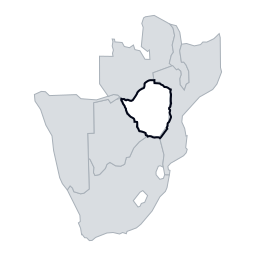 Zimbabwe highlighted among its neighbors
{"feature_id": "ZWE", "entity_name": "Zimbabwe", "entity_type": "country or territory", "adm_level": 0, "iso_a3": "ZWE", "parent_name": "Africa", "parent_adm1": "", "projection": "equal_earth", "projection_center": [29.641, -19.023], "detail": "fine", "context": "with_neighbors", "style": "outline", "palette": "ink", "viewbox_px": 256, "rotation_deg": 0, "n_neighbors": 6, "source": "natural_earth", "source_scale": "50m", "svg_char_len": 5331}
<svg xmlns="http://www.w3.org/2000/svg" viewBox="0 0 256 256"><path d="M67.3,190.0L70.1,185.9L72.6,188.2L73.8,191.7L80.6,193.8L83.9,193.2L89.2,189.0L88.3,158.2L90.1,159.5L94.0,167.5L93.5,172.5L95.0,175.5L99.5,174.6L105.4,168.4L106.9,164.4L109.9,162.4L115.6,165.8L120.7,166.2L124.6,164.3L126.3,157.6L129.7,156.9L133.6,148.2L139.3,141.8L148.2,135.6L159.4,136.9L164.0,154.9L162.8,164.2L163.3,167.2L160.1,165.7L158.3,166.3L156.0,171.9L156.1,174.8L159.8,179.3L163.4,178.4L164.7,174.7L169.4,174.8L167.0,187.7L165.4,191.4L159.9,196.8L152.1,211.0L140.9,224.2L136.4,227.9L127.0,231.4L126.3,233.7L122.6,232.5L119.6,234.0L113.1,232.5L106.9,233.0L95.7,237.4L92.1,240.4L89.4,240.6L86.7,237.8L84.7,237.7L81.9,234.1L81.7,235.2L80.6,228.3L78.4,222.9L80.3,221.5L79.9,215.3L67.3,190.0ZM147.6,195.6L142.8,190.6L139.9,192.3L133.3,200.7L138.0,207.0L140.1,206.2L141.3,203.5L144.7,202.3L147.6,195.6Z" fill="#d9dde1" stroke="#a8b0b8" stroke-width="1"/><path d="M148.2,135.6L139.3,141.8L133.6,148.2L129.7,156.9L126.3,157.6L124.6,164.3L120.7,166.2L115.6,165.8L109.9,162.4L106.9,164.4L105.4,168.4L99.5,174.6L95.0,175.5L93.5,172.5L94.0,167.5L90.1,159.5L88.3,158.2L87.7,133.5L94.0,133.2L93.6,102.7L108.2,99.4L110.7,103.0L114.7,99.6L121.4,98.3L127.3,111.7L134.6,121.1L137.3,122.0L139.3,130.4L144.2,131.7L148.2,135.6Z" fill="#d9dde1" stroke="#a8b0b8" stroke-width="1"/><path d="M87.7,133.5L89.2,189.0L83.9,193.2L80.6,193.8L73.8,191.7L72.6,188.2L70.1,185.9L67.3,190.0L62.4,183.7L59.7,177.7L53.6,150.5L52.0,135.8L45.9,125.2L40.6,109.5L35.0,101.1L34.4,94.5L41.3,91.4L45.4,91.7L49.4,95.6L76.4,94.6L80.9,98.7L96.5,99.9L113.5,94.5L117.7,95.0L120.2,96.9L110.7,103.0L108.2,99.4L93.6,102.7L94.0,133.2L87.7,133.5Z" fill="#d9dde1" stroke="#a8b0b8" stroke-width="1"/><path d="M154.2,15.4L169.9,24.1L173.0,28.0L174.6,35.5L172.2,45.0L173.4,52.2L171.3,55.2L169.3,63.4L172.7,65.6L153.0,72.8L153.6,79.0L148.7,80.2L145.1,83.6L144.3,86.6L142.0,87.3L132.9,100.0L121.4,98.3L117.7,95.0L113.5,94.5L108.3,96.4L99.6,83.9L99.5,56.2L113.0,56.4L112.5,53.3L113.4,50.1L112.2,46.0L112.9,41.7L112.2,39.0L114.5,39.2L114.9,41.9L122.1,42.5L124.3,46.5L129.5,47.7L133.4,45.0L134.9,49.6L139.9,50.8L145.0,59.3L149.9,59.4L149.4,50.0L147.6,51.5L141.3,46.6L143.2,27.4L141.8,23.5L143.6,17.9L145.4,16.8L154.2,15.4Z" fill="#d9dde1" stroke="#a8b0b8" stroke-width="1"/><path d="M169.9,24.1L176.3,25.7L179.8,32.3L181.6,44.2L179.7,50.8L181.4,62.2L183.7,62.1L186.0,64.9L188.7,71.2L189.1,82.4L186.3,84.2L184.3,90.2L180.1,84.8L179.7,78.7L181.1,74.7L180.7,71.2L178.2,69.0L176.4,69.8L169.3,63.4L171.3,55.2L173.4,52.2L172.2,45.0L174.6,35.5L173.0,28.0L169.9,24.1Z" fill="#d9dde1" stroke="#a8b0b8" stroke-width="1"/><path d="M181.6,44.2L186.5,43.5L194.3,45.9L200.5,44.6L202.9,42.0L206.8,42.1L213.9,38.7L219.2,33.6L220.2,37.6L220.5,67.6L221.6,71.9L216.9,84.1L212.7,89.5L199.5,97.0L182.4,115.9L181.8,122.0L184.7,128.5L186.0,136.0L187.1,135.6L185.7,147.8L187.2,149.3L186.2,152.8L183.5,155.8L170.7,163.2L167.9,166.3L168.4,169.8L170.0,170.4L169.4,174.8L164.7,174.7L162.8,164.2L164.0,154.9L159.4,136.9L166.1,127.3L168.8,120.3L170.2,89.4L166.9,86.6L163.8,86.0L159.4,82.0L154.1,82.2L153.0,72.8L172.7,65.6L176.4,69.8L178.2,69.0L180.7,71.2L181.1,74.7L179.7,78.7L180.1,84.8L184.3,90.2L186.3,84.2L189.1,82.4L188.7,71.2L186.0,64.9L183.7,62.1L181.4,62.2L179.7,50.8L181.6,44.2Z" fill="#d9dde1" stroke="#a8b0b8" stroke-width="1"/><path d="M160.0,138.2L159.4,137.7L158.6,137.4L157.6,137.3L156.3,137.3L154.7,137.6L153.0,137.3L151.2,136.4L149.7,136.1L147.9,136.4L147.8,136.5L147.5,136.1L147.0,135.5L146.2,135.4L145.9,135.2L145.6,134.6L145.6,134.3L145.7,133.2L145.4,132.9L145.0,132.8L143.9,132.3L142.5,131.8L140.3,131.3L139.4,131.2L139.2,131.0L139.0,130.6L138.5,129.3L138.1,128.5L137.2,127.2L137.0,126.8L137.1,125.8L137.1,125.0L137.2,124.3L137.2,123.6L137.2,122.8L137.2,122.3L137.1,122.0L136.7,121.9L135.7,121.8L134.5,121.8L134.5,121.0L134.3,119.7L134.1,119.0L133.8,118.6L133.3,118.2L132.2,117.6L130.6,116.8L129.3,115.6L127.8,114.0L127.4,113.8L126.8,112.3L125.9,109.9L126.0,109.0L125.9,108.6L125.0,107.4L124.8,106.8L124.7,106.1L123.4,104.3L122.9,103.6L122.6,102.6L122.2,101.8L122.0,101.4L121.6,100.9L121.3,100.3L121.2,99.8L121.3,99.2L121.4,98.8L122.7,99.2L123.3,99.2L123.9,99.0L124.5,99.3L125.3,100.1L126.2,100.3L127.1,99.8L128.3,99.9L129.9,100.7L131.2,100.9L132.7,100.2L134.1,98.2L135.4,96.3L136.7,94.2L137.4,92.4L138.6,91.0L140.0,89.9L141.6,89.0L143.9,87.9L144.3,86.9L144.5,85.9L144.5,84.5L144.6,83.6L144.9,83.1L145.2,82.8L145.7,82.4L147.3,81.3L148.6,80.6L150.1,80.2L151.8,80.2L153.5,80.2L154.4,80.1L154.4,81.5L154.5,83.1L155.9,83.2L157.9,83.3L159.8,83.5L161.1,84.6L161.5,84.8L162.7,85.1L164.4,87.0L166.3,87.1L167.7,87.7L168.8,88.4L169.5,89.1L170.0,89.3L170.6,89.3L170.8,89.4L170.8,90.0L170.4,90.9L170.4,92.2L171.0,94.1L171.0,95.7L170.8,98.5L170.8,101.3L170.9,102.2L171.0,102.9L171.1,103.2L171.0,103.6L170.7,104.8L170.4,106.0L170.4,106.5L170.3,106.8L170.1,107.1L169.3,107.7L169.1,108.0L169.1,108.6L169.2,109.2L169.6,109.4L169.9,109.7L170.1,110.0L170.1,110.5L170.0,111.2L169.6,112.5L169.9,113.9L170.3,114.9L170.8,116.0L171.0,116.7L171.0,117.1L170.9,117.6L170.1,119.6L169.6,120.8L168.9,122.2L167.9,123.0L167.7,123.4L167.6,123.8L167.6,124.8L167.6,125.9L166.8,127.5L167.3,128.8L167.2,128.9L166.9,129.1L165.8,130.7L164.6,132.2L163.8,133.4L162.8,134.7L161.8,136.1L160.9,137.3L160.0,138.2Z" fill="none" stroke="#020617" stroke-width="2"/></svg>